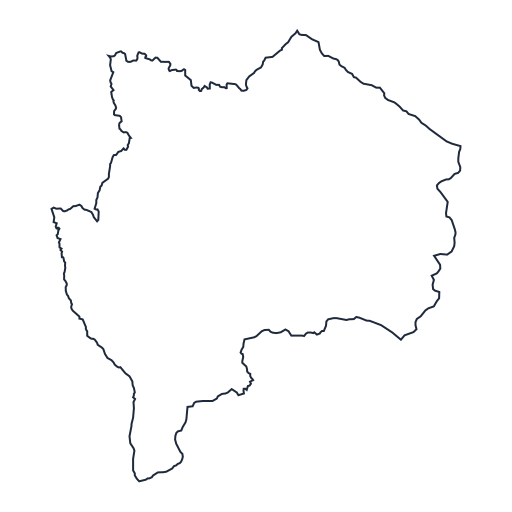 Bolahla, Leribe, Lesotho (orthographic projection)
{"feature_id": "5366337B26434863829569", "entity_name": "Bolahla", "entity_type": "district", "adm_level": 2, "iso_a3": "LSO", "parent_name": "Lesotho", "parent_adm1": "Leribe", "projection": "orthographic", "projection_center": [28.277, -29.044], "detail": "fine", "context": "isolated", "style": "outline", "palette": "slate", "viewbox_px": 512, "rotation_deg": 0, "n_neighbors": 0, "source": "geoboundaries", "source_scale": "gbopen_adm2", "svg_char_len": 5874}
<svg xmlns="http://www.w3.org/2000/svg" viewBox="0 0 512 512"><path d="M181.3,430.5L182.7,427.0L185.5,422.4L186.4,419.2L187.5,406.9L192.6,406.3L194.2,402.9L196.1,401.7L202.8,401.0L212.5,401.0L216.9,398.5L217.8,396.4L222.0,393.9L225.5,393.5L227.8,392.5L231.7,389.1L236.8,392.5L238.4,395.2L243.9,393.5L243.5,390.6L243.7,388.8L245.2,388.7L246.7,389.9L247.9,386.0L249.6,385.6L250.9,383.7L250.0,381.7L253.1,380.1L252.3,378.9L251.1,377.8L250.3,376.2L250.2,373.8L248.7,373.2L247.2,371.6L247.0,369.1L246.3,366.5L242.3,362.8L242.3,361.1L243.2,357.1L243.0,355.7L242.7,354.1L241.4,353.6L240.6,352.5L241.7,349.4L243.2,347.1L243.6,343.3L244.5,339.4L254.2,337.3L256.4,336.2L261.8,331.2L264.6,330.0L268.8,329.8L270.6,331.8L272.8,332.7L276.5,333.1L280.7,332.3L285.4,329.5L288.5,331.2L291.3,335.6L302.0,335.6L304.1,336.0L306.1,333.5L307.9,332.5L310.6,332.5L313.4,333.1L314.3,332.3L316.9,334.6L319.8,333.5L320.5,332.3L322.0,331.0L323.8,331.0L326.0,325.8L326.4,321.4L328.2,319.3L333.7,318.1L336.4,318.1L346.5,320.0L349.0,319.3L353.8,319.1L356.3,317.0L359.4,317.7L366.6,320.6L369.7,320.8L381.2,325.2L392.3,332.5L400.9,339.7L404.6,335.3L413.5,332.1L416.5,329.2L415.5,325.2L415.5,322.1L416.8,319.0L420.7,316.3L425.4,310.4L428.4,308.3L433.8,306.4L436.8,301.2L439.1,298.3L439.3,292.0L434.9,290.6L433.1,289.1L432.6,284.7L433.9,279.9L431.7,275.7L436.8,273.4L438.4,271.5L440.3,268.6L440.1,264.8L434.1,255.8L440.3,254.0L447.2,254.6L451.6,251.5L454.2,246.2L454.6,242.7L454.2,237.9L455.5,234.1L455.5,232.2L454.8,229.3L451.7,220.1L449.5,217.4L446.4,216.5L446.0,213.2L447.7,201.9L440.5,192.1L437.4,188.7L436.9,185.4L439.1,182.9L441.3,181.4L445.9,179.5L448.8,179.3L450.8,178.1L454.6,173.9L458.1,172.9L460.1,170.6L460.3,167.2L458.3,161.8L458.3,158.4L459.1,151.9L460.3,149.0L460.5,146.1L452.3,143.8L446.6,141.4L429.7,129.1L425.8,125.6L421.4,122.8L419.2,119.7L415.2,116.1L408.6,114.0L406.4,111.3L403.1,110.5L399.4,106.4L395.8,103.4L394.2,102.3L388.0,100.0L385.2,97.9L384.1,95.4L384.3,93.3L379.9,87.7L376.3,87.7L371.7,85.2L363.5,83.7L360.5,81.8L356.0,77.6L353.9,77.2L352.1,73.9L347.9,72.0L345.9,69.9L344.6,67.8L341.3,66.1L339.5,64.6L338.8,61.7L337.7,60.0L335.8,59.0L333.5,58.6L328.3,55.9L324.2,56.0L321.8,53.3L319.9,49.8L318.5,42.1L312.1,39.3L306.0,35.1L301.6,34.9L299.4,34.3L297.2,30.7L295.5,33.3L291.4,36.8L288.1,42.3L285.7,44.1L281.9,48.1L281.9,49.7L279.9,50.7L272.5,56.9L265.6,57.7L264.3,60.4L263.1,61.8L262.7,64.4L261.0,67.4L256.6,69.8L254.9,71.4L254.1,72.9L249.2,76.4L246.4,80.1L245.9,84.3L246.4,86.4L247.5,88.3L246.4,89.9L243.7,90.8L241.4,90.6L240.2,88.9L239.3,88.3L236.3,84.7L235.0,84.1L227.4,83.3L226.6,84.6L226.7,88.1L226.0,88.3L224.1,87.1L222.7,87.3L220.2,86.8L219.1,84.9L216.3,84.9L212.0,82.6L210.6,82.3L209.7,84.6L209.8,88.5L207.6,88.7L206.9,87.4L204.6,86.0L203.6,87.6L201.8,89.0L201.2,90.9L200.0,91.1L198.8,89.9L198.8,88.3L198.4,87.8L196.7,87.5L193.7,87.9L191.5,85.8L190.8,80.1L185.2,75.5L185.2,70.0L184.4,69.4L183.7,69.3L181.8,70.8L180.0,71.2L177.0,71.0L176.4,69.8L175.7,69.6L171.7,70.1L169.8,71.1L169.3,70.7L168.6,68.9L168.7,68.2L170.3,65.2L170.4,63.9L169.0,61.9L160.9,61.8L157.4,57.8L155.5,57.6L152.5,60.5L151.2,60.4L149.8,59.4L145.3,58.0L145.3,57.1L146.1,56.3L146.2,55.4L144.7,53.8L142.1,53.6L139.4,52.2L138.6,52.4L137.6,54.8L137.2,56.0L137.5,57.0L137.3,59.0L136.3,60.6L133.3,60.5L130.7,61.8L128.2,61.9L126.4,60.8L125.1,54.0L123.9,53.1L122.5,52.8L121.3,51.5L120.4,51.4L116.2,53.0L115.0,55.3L113.8,56.2L111.1,56.5L108.7,55.9L110.2,57.7L110.8,59.4L110.1,65.2L111.6,71.2L113.3,72.2L110.2,80.3L110.5,82.2L111.5,83.9L110.7,86.5L113.5,90.1L111.2,92.0L112.0,97.0L112.9,99.4L113.7,100.4L113.4,101.1L113.8,102.9L115.4,105.4L116.1,107.8L115.9,108.7L114.1,111.1L114.0,114.3L114.7,115.1L119.6,115.8L120.2,116.2L121.1,117.4L121.6,121.4L119.7,122.8L119.3,123.7L119.1,125.5L119.5,128.7L120.4,129.3L121.3,130.8L123.6,132.4L125.9,132.1L127.4,132.8L128.9,135.5L130.8,137.9L129.7,138.1L128.9,143.2L127.7,145.1L128.1,146.6L126.4,149.8L124.8,149.8L123.6,148.4L121.2,151.0L118.3,151.9L116.2,154.9L113.8,155.1L112.6,157.2L111.0,162.9L110.1,164.1L110.1,166.4L108.9,173.7L108.9,176.9L108.1,178.7L102.4,182.8L101.6,185.6L100.4,186.5L99.6,190.3L97.9,193.0L97.5,197.4L96.3,200.0L96.3,203.1L94.6,208.7L96.3,209.6L97.5,209.4L98.7,211.6L98.3,219.9L97.1,221.3L93.8,217.2L93.0,214.8L91.3,212.0L86.4,209.9L84.4,209.6L82.3,207.8L81.5,206.1L79.5,204.7L75.4,206.1L73.4,206.1L70.1,209.0L68.5,209.4L67.2,210.4L64.7,211.3L63.2,211.1L60.7,208.5L56.2,208.7L53.7,207.6L51.5,208.9L54.3,217.3L53.6,222.1L56.7,223.3L55.7,226.6L56.5,228.4L57.2,228.6L57.7,227.7L58.6,227.8L59.4,228.7L58.3,230.6L57.8,234.1L56.6,235.3L57.6,238.1L60.5,239.1L58.9,242.4L59.5,243.8L59.5,247.0L59.6,247.5L61.5,248.6L60.5,250.0L62.1,251.7L61.6,253.3L61.9,257.2L63.1,257.3L63.5,257.9L64.1,261.3L65.2,262.6L65.0,265.8L65.3,267.8L64.6,272.0L63.9,273.4L64.2,275.7L64.1,279.4L65.6,281.3L66.7,283.5L66.8,285.0L65.7,287.1L65.8,290.9L66.9,294.5L68.1,296.0L68.9,298.3L70.8,300.4L71.3,303.2L72.0,304.2L71.3,306.2L71.2,307.7L71.8,309.3L73.0,310.9L79.1,316.3L79.5,317.0L79.4,318.6L82.7,319.4L85.9,327.0L85.8,328.7L86.4,330.2L87.2,331.2L87.2,335.8L90.5,338.3L91.9,338.8L93.4,338.8L94.8,339.7L97.1,342.8L97.7,344.8L101.8,347.5L103.3,349.0L105.0,354.0L107.5,358.0L111.5,360.2L113.6,362.5L114.7,364.6L117.2,366.7L118.9,367.5L120.4,367.2L125.4,373.3L129.5,376.3L132.3,381.3L132.7,385.4L133.9,388.0L134.8,392.4L133.9,393.8L133.9,395.3L133.1,397.3L135.1,399.0L133.5,402.0L133.9,408.4L133.1,417.7L131.5,424.1L131.5,425.9L129.5,436.3L130.3,443.3L133.6,448.3L134.4,450.7L133.1,458.8L133.1,470.4L134.8,473.4L134.8,475.4L136.9,478.8L139.2,481.3L145.8,479.7L147.7,478.4L149.3,478.4L151.9,477.2L153.0,475.5L157.9,472.4L163.4,472.2L166.3,471.7L172.2,468.5L174.0,466.1L176.2,465.4L177.6,464.0L179.8,463.1L181.1,461.7L182.2,459.2L182.8,456.8L182.4,453.9L180.4,451.9L176.2,443.7L175.1,439.5L175.4,435.8L176.3,433.0L177.8,431.4L181.3,430.5Z" fill="none" stroke="#1e293b" stroke-width="2"/></svg>